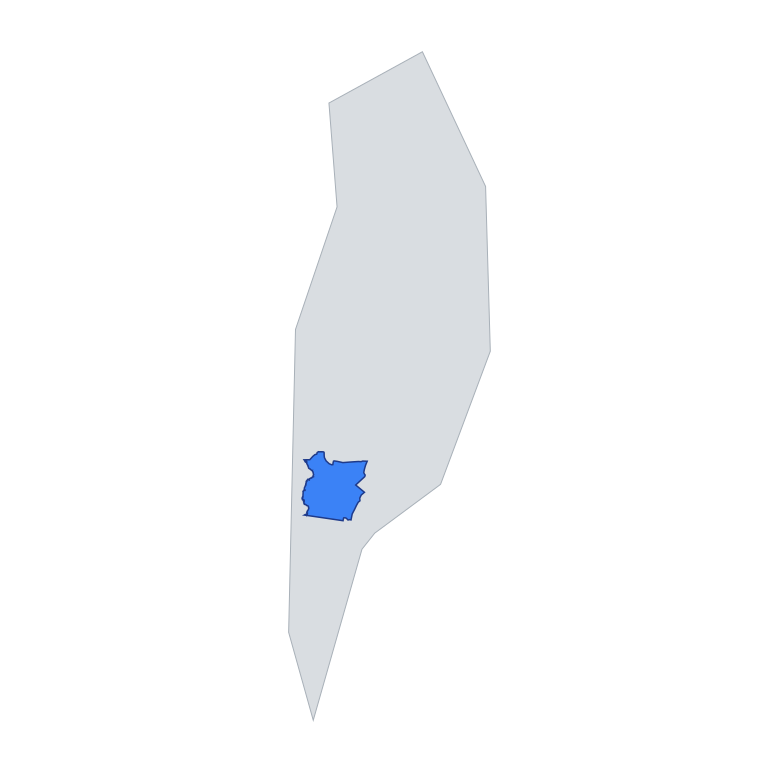 Ngkeklau, Ngiwal, Palau (highlighted), rotated 173°
{"feature_id": "81905179B53990233662504", "entity_name": "Ngkeklau", "entity_type": "district", "adm_level": 2, "iso_a3": "PLW", "parent_name": "Palau", "parent_adm1": "Ngiwal", "projection": "robinson", "projection_center": [134.636, 7.588], "detail": "fine", "context": "in_parent", "style": "filled", "palette": "blue", "viewbox_px": 768, "rotation_deg": 173, "n_neighbors": 0, "source": "geoboundaries", "source_scale": "gbopen_adm2", "svg_char_len": 4744}
<svg xmlns="http://www.w3.org/2000/svg" viewBox="0 0 768 768"><g transform="rotate(173 384 384)"><path d="M404.4,669.6L305.4,709.1L259.1,567.7L274.5,403.6L340.1,277.5L411.4,237.1L426.0,222.7L495.2,58.9L508.9,149.2L465.2,448.9L409.0,565.5L404.4,669.6Z" fill="#d9dde1" stroke="#a8b0b8" stroke-width="1"/><path d="M416.6,278.9L424.4,287.2L414.4,294.4L413.8,295.9L414.4,297.0L414.9,298.5L414.0,301.3L413.2,303.3L412.1,305.8L410.1,309.4L414.6,310.1L416.2,309.7L418.9,310.2L427.8,310.7L434.4,311.0L439.8,312.9L442.7,313.7L443.5,313.6L444.2,311.8L444.6,310.2L445.7,310.2L448.1,311.5L450.8,314.7L452.1,318.1L452.1,320.3L451.8,323.2L452.1,323.9L453.7,324.3L456.5,324.6L457.3,324.8L458.7,324.1L459.3,322.6L461.2,322.3L463.4,320.9L466.9,317.9L472.6,318.5L472.5,318.3L472.4,318.3L472.3,318.2L472.2,318.0L472.1,317.8L471.9,317.9L471.7,317.8L471.5,317.6L471.8,317.6L471.9,317.3L471.9,317.0L471.9,316.7L471.7,316.4L471.3,316.0L471.1,315.9L470.9,315.7L470.6,315.5L470.4,315.8L470.2,315.9L470.2,316.2L470.4,316.3L470.1,316.4L470.0,316.1L469.9,316.2L470.1,315.9L470.2,315.7L470.3,315.4L470.4,315.2L470.4,314.7L470.3,314.3L470.2,314.2L470.1,313.8L470.0,313.5L469.9,313.4L469.9,313.2L469.8,312.9L469.6,312.8L469.5,312.5L469.5,312.3L469.4,312.2L469.5,311.7L469.4,311.5L469.3,311.2L469.2,311.0L469.2,310.7L469.1,310.4L469.1,310.1L469.1,309.8L468.9,309.5L468.7,309.4L468.6,309.2L468.4,309.0L468.2,308.8L467.9,308.7L467.7,308.7L467.4,308.2L467.2,308.0L467.1,307.8L466.9,307.7L466.6,307.3L466.3,307.1L466.1,306.9L465.8,306.9L465.7,306.9L465.8,306.7L465.7,306.5L465.7,306.2L465.5,305.8L465.3,305.7L465.3,305.2L465.1,304.9L465.1,304.5L465.1,303.9L465.0,303.1L465.0,302.8L464.9,302.5L465.1,302.4L465.4,301.8L465.6,301.5L465.7,301.1L465.8,300.9L465.7,300.8L465.8,300.8L465.9,300.6L466.0,300.5L466.0,300.3L466.6,300.3L466.7,300.1L466.8,300.1L467.1,299.9L467.2,299.7L467.3,299.5L467.5,299.6L467.8,299.6L468.0,299.5L468.3,299.6L468.5,299.5L468.7,299.4L468.9,299.3L468.9,299.2L469.1,299.2L469.4,299.1L469.5,298.9L469.8,298.6L469.9,298.4L469.9,298.2L469.9,297.9L469.9,297.7L470.0,297.7L470.0,297.9L470.1,298.1L470.2,298.3L470.4,298.6L470.6,298.7L470.8,298.7L471.1,298.8L471.3,298.7L471.5,298.4L471.6,298.2L472.1,297.9L472.2,297.5L472.3,297.6L472.5,297.4L472.6,297.2L472.9,297.1L473.0,297.0L473.1,296.7L472.9,296.5L473.0,296.0L473.1,295.8L473.4,295.5L473.4,295.1L473.5,295.0L473.5,294.8L473.6,294.7L473.6,294.4L473.8,294.4L473.9,294.2L474.0,293.9L474.0,293.7L473.9,293.6L474.0,293.4L474.1,293.2L474.1,292.9L474.3,292.9L474.4,292.7L474.6,292.5L474.6,292.2L474.8,292.0L475.0,291.7L475.2,291.3L475.4,291.1L475.7,290.5L475.8,290.0L475.9,289.4L475.9,289.2L475.7,288.9L475.5,288.7L475.4,288.6L475.3,288.4L475.2,288.3L475.4,288.1L475.5,288.0L476.3,288.6L476.9,287.6L477.1,287.3L477.3,287.5L477.5,287.4L477.5,287.2L477.5,286.3L477.5,285.9L477.6,285.5L477.7,285.2L477.7,284.8L477.8,284.4L477.9,284.0L478.0,283.7L478.0,283.4L478.0,283.0L478.1,282.7L478.1,282.3L478.2,281.9L478.4,282.0L478.5,282.0L478.6,281.8L478.7,281.7L479.0,281.4L479.0,281.1L478.9,280.9L479.0,280.8L479.1,280.5L479.1,280.4L479.2,280.2L479.3,280.1L479.2,279.9L479.1,279.7L479.1,279.4L479.1,279.1L479.0,278.9L478.9,278.8L478.7,278.7L478.2,278.6L477.9,278.6L477.7,278.6L477.7,278.8L477.5,278.6L477.5,278.4L477.5,278.2L477.4,278.1L477.4,277.9L477.5,277.9L477.5,277.7L477.8,277.7L478.0,277.5L478.0,277.3L478.0,277.2L478.2,276.9L478.0,276.7L477.8,276.8L477.7,276.8L477.7,276.6L477.7,276.4L477.8,276.3L477.7,276.2L477.4,276.0L477.6,276.1L477.8,276.0L477.9,275.9L478.0,275.5L478.0,275.4L478.0,275.1L478.0,274.9L477.9,274.7L477.7,274.5L477.7,274.4L477.6,274.2L477.4,274.2L477.2,274.4L477.0,274.2L476.9,274.2L476.6,273.9L476.3,273.7L476.1,273.6L476.1,273.4L475.9,273.2L475.7,273.1L475.4,272.7L475.2,272.7L474.8,272.6L474.6,272.4L474.4,272.4L474.3,272.1L474.2,272.0L474.1,271.8L474.1,271.7L473.9,271.4L474.0,271.1L473.9,270.9L473.9,270.6L473.9,270.4L473.8,270.2L473.9,269.6L474.1,269.3L474.2,269.1L474.2,268.9L474.4,268.6L474.5,268.5L474.5,268.4L474.7,268.2L475.0,267.9L475.1,267.6L475.3,267.5L475.3,267.4L475.6,267.2L475.7,266.9L475.7,266.7L475.8,266.6L476.0,266.5L476.0,266.4L476.2,266.0L476.2,265.9L476.3,265.7L476.2,265.6L476.3,265.5L476.3,265.4L476.2,265.4L476.1,265.6L476.1,265.4L475.9,265.3L475.7,265.2L475.8,264.9L475.9,264.7L476.0,264.3L476.0,264.1L476.1,263.9L476.3,263.6L476.3,263.8L476.2,263.9L476.2,264.0L476.3,264.1L476.5,264.2L476.8,264.2L477.0,264.0L477.4,263.9L477.4,264.0L477.5,264.1L477.9,264.1L478.0,264.1L478.3,264.0L478.5,263.9L478.6,263.7L478.9,263.6L441.3,253.3L441.1,254.0L440.4,256.0L439.0,256.0L437.7,255.3L436.3,253.4L434.9,253.6L433.3,253.1L431.4,258.9L428.5,263.1L426.1,266.9L424.0,269.8L422.1,271.0L422.0,273.7L420.1,276.6L416.6,278.9Z" fill="#3b82f6" stroke="#1e3a8a" stroke-width="1.5"/></g></svg>